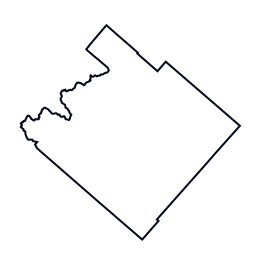 the district of Grant, Oregon, United States of America, rotated 221°
{"feature_id": "52423323B75310432732693", "entity_name": "Grant", "entity_type": "district", "adm_level": 2, "iso_a3": "USA", "parent_name": "United States of America", "parent_adm1": "Oregon", "projection": "robinson", "projection_center": [-118.403, 44.478], "detail": "fine", "context": "isolated", "style": "outline", "palette": "ink", "viewbox_px": 256, "rotation_deg": 221, "n_neighbors": 0, "source": "geoboundaries", "source_scale": "gbopen_adm2", "svg_char_len": 3628}
<svg xmlns="http://www.w3.org/2000/svg" viewBox="0 0 256 256"><g transform="rotate(221 128 128)"><path d="M44.1,53.1L44.0,77.9L46.2,77.9L45.5,152.7L45.5,165.3L45.0,203.1L143.0,202.8L143.0,190.2L169.8,190.3L169.8,191.3L197.7,191.3L211.7,191.4L211.5,166.4L211.1,160.1L209.7,159.9L203.6,159.9L197.0,160.0L195.8,160.2L191.7,160.1L185.9,160.2L182.8,160.2L180.3,158.9L180.0,156.9L180.3,155.9L180.7,155.3L181.1,155.2L181.3,154.5L181.6,153.9L181.8,153.2L182.1,152.3L182.4,151.6L182.9,151.1L183.2,150.9L183.7,150.5L183.6,149.1L184.2,148.5L184.8,147.9L185.4,146.6L186.3,146.4L187.1,146.3L187.5,145.7L187.6,145.3L187.7,144.4L188.1,143.6L189.6,143.2L190.2,143.1L190.6,143.2L190.5,142.7L190.0,142.0L189.1,141.3L188.5,140.3L188.5,139.6L188.2,139.4L187.8,139.5L187.5,139.3L187.5,138.4L188.1,137.8L188.2,137.0L188.5,136.5L188.9,135.6L189.3,134.9L189.3,133.8L189.2,133.0L189.0,132.0L189.6,131.2L190.0,131.4L190.9,131.4L191.5,131.0L192.1,130.9L192.6,131.0L193.2,130.8L193.8,130.3L194.2,130.4L194.7,130.2L195.1,129.7L195.6,129.3L196.1,128.7L195.8,128.3L196.0,127.6L195.9,126.5L195.5,125.3L195.1,124.5L194.8,124.1L194.6,123.7L194.6,123.1L194.9,122.1L195.2,121.6L195.0,120.9L195.0,120.2L195.5,119.5L195.9,119.4L196.4,119.3L196.9,118.5L197.3,117.8L197.6,117.6L197.6,117.4L197.7,117.1L197.8,116.3L198.2,115.9L198.4,115.4L198.9,115.2L198.9,115.3L199.5,115.3L199.9,115.6L200.4,115.8L200.6,115.4L201.2,114.8L201.3,114.2L201.6,113.9L201.5,113.5L202.0,112.9L202.3,112.4L201.8,111.4L201.8,110.6L201.1,109.6L199.9,109.1L199.5,109.0L198.8,108.8L198.6,108.2L198.4,107.4L198.2,106.9L198.3,106.5L198.2,106.0L197.4,105.3L196.9,104.7L195.7,104.5L194.5,103.6L193.8,103.6L193.2,103.9L192.5,104.0L191.8,104.0L191.2,104.1L190.7,104.1L190.4,104.0L190.1,103.7L189.4,103.2L189.1,102.8L188.4,102.4L187.9,102.6L187.3,102.5L186.5,102.9L185.9,102.8L184.7,102.2L183.4,102.1L182.6,101.4L182.1,101.3L181.5,101.0L180.8,101.1L180.1,100.7L179.5,100.7L179.5,100.3L179.1,99.2L178.4,97.6L177.9,96.5L177.8,95.3L178.0,95.1L178.9,94.9L179.7,94.5L180.2,94.2L180.4,94.1L180.8,93.8L181.1,94.1L181.9,94.3L182.8,94.6L183.1,95.0L183.6,95.1L184.0,94.9L184.3,94.7L184.5,94.4L184.6,93.8L184.7,93.5L185.9,92.7L186.2,92.5L186.7,92.4L187.2,92.7L188.1,93.0L189.0,93.0L189.4,92.6L189.5,92.1L190.0,91.9L190.6,92.0L191.2,92.2L191.5,92.1L191.9,92.0L192.3,91.6L193.0,90.6L193.5,90.1L193.7,89.7L194.4,89.2L195.4,89.0L196.3,89.2L196.9,89.3L198.5,89.4L199.6,89.6L200.3,89.8L201.2,89.5L202.3,89.3L203.1,89.0L203.8,89.0L204.3,88.6L204.7,87.7L204.4,86.5L204.7,86.1L205.0,85.7L204.9,85.1L204.5,84.5L204.0,83.9L203.9,83.4L204.0,83.1L203.8,82.7L203.5,82.2L203.3,82.0L203.3,81.6L203.6,81.4L203.4,81.0L203.6,80.3L203.8,79.9L203.8,79.4L203.4,78.9L202.8,78.7L202.5,78.6L202.4,78.3L202.1,78.2L201.9,77.9L202.1,77.7L202.2,77.1L202.0,76.8L201.5,76.6L201.2,76.3L201.3,75.9L201.9,75.5L202.3,75.1L202.5,74.6L203.1,74.2L203.9,73.7L203.9,73.3L203.8,72.8L203.7,72.5L203.8,72.1L204.0,72.0L204.5,71.7L205.4,71.8L206.0,71.7L206.6,71.4L206.8,71.3L207.1,71.4L207.3,71.6L207.8,71.9L208.4,72.0L208.8,72.0L209.1,72.0L210.0,72.2L210.8,72.2L211.4,71.9L211.6,71.6L211.5,71.1L211.7,70.7L211.8,70.5L211.8,70.1L211.5,69.6L211.1,68.5L211.1,67.7L210.6,66.9L210.7,66.1L210.5,65.9L210.6,65.4L211.1,65.1L211.4,64.7L211.4,64.0L211.2,63.8L211.1,63.3L211.6,63.0L211.6,62.8L211.8,62.0L212.0,61.7L211.9,61.3L211.6,61.1L211.4,60.9L211.0,61.0L210.5,60.8L210.2,60.6L209.8,60.5L209.6,60.0L209.7,59.5L209.7,59.1L209.7,58.6L209.6,58.4L206.0,58.5L205.3,57.5L203.3,58.0L201.0,55.8L197.8,54.2L195.7,53.7L192.7,56.4L191.1,55.8L187.4,57.8L187.3,54.6L183.6,53.1L177.8,53.0L103.1,52.9L44.7,53.1L44.1,53.1Z" fill="none" stroke="#020617" stroke-width="2"/></g></svg>